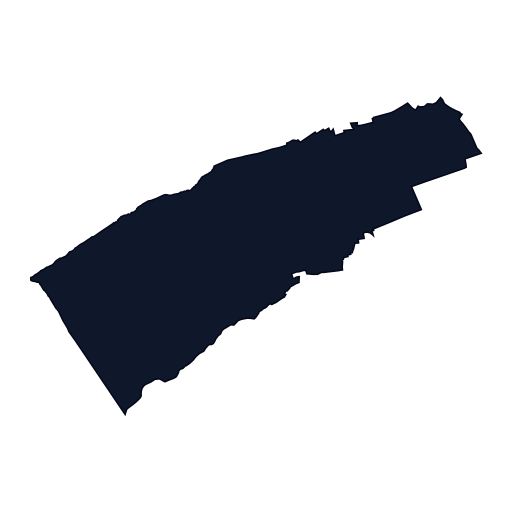 outline of Santimbru, Harghita, Romania
{"feature_id": "2599482B67016259276706", "entity_name": "Santimbru", "entity_type": "district", "adm_level": 2, "iso_a3": "ROU", "parent_name": "Romania", "parent_adm1": "Harghita", "projection": "orthographic", "projection_center": [25.81, 46.263], "detail": "fine", "context": "isolated", "style": "filled", "palette": "ink", "viewbox_px": 512, "rotation_deg": 0, "n_neighbors": 0, "source": "geoboundaries", "source_scale": "gbopen_adm2", "svg_char_len": 6019}
<svg xmlns="http://www.w3.org/2000/svg" viewBox="0 0 512 512"><path d="M125.1,414.5L126.7,409.4L128.4,407.8L132.9,404.5L136.0,402.0L139.4,398.7L140.7,397.0L141.1,396.2L141.2,395.0L141.1,392.5L141.7,389.4L142.4,387.8L143.6,386.1L144.8,385.0L146.3,384.1L150.9,382.0L153.6,380.2L155.1,379.3L155.9,379.2L157.3,379.1L158.5,378.9L159.1,378.9L160.0,379.2L161.7,380.0L162.9,380.8L165.0,381.8L169.4,379.9L173.4,378.4L175.3,377.4L176.3,376.7L177.2,375.1L178.4,372.9L178.7,371.2L179.0,370.6L179.6,369.9L180.4,369.3L181.1,368.9L182.2,368.7L182.9,368.4L183.6,367.7L184.9,366.4L185.4,365.9L186.3,365.7L189.3,363.6L191.6,361.6L193.5,359.7L194.3,358.7L195.1,357.6L196.3,356.3L198.0,354.7L199.6,353.4L203.4,351.4L204.2,350.7L205.3,348.6L206.4,347.4L207.9,345.6L208.8,344.8L209.2,344.6L211.5,344.5L212.5,344.0L213.4,343.4L214.4,341.9L215.8,338.9L218.2,335.7L220.5,334.0L221.7,331.3L221.9,330.6L223.8,329.0L226.0,327.7L230.5,324.9L234.0,325.0L235.7,323.2L238.0,320.7L240.9,319.5L243.9,318.8L247.4,318.2L251.1,318.4L254.2,318.9L255.6,317.6L258.5,313.5L259.3,311.5L260.3,310.9L261.4,310.5L263.0,308.9L265.9,307.5L267.0,306.4L268.0,305.2L269.9,303.8L271.8,304.5L273.5,303.6L275.4,302.8L277.6,301.4L278.9,300.4L282.5,298.0L284.4,297.1L285.0,295.9L285.7,294.9L285.9,294.4L284.2,293.6L285.2,292.3L285.9,291.1L286.3,291.0L287.3,290.9L288.4,289.5L289.4,288.6L290.3,286.9L295.9,283.7L296.2,283.5L297.3,283.2L299.1,282.4L299.1,282.2L299.0,281.8L299.0,281.2L299.1,280.0L299.3,276.6L298.7,276.6L296.2,277.2L295.2,277.8L294.4,278.4L293.9,278.5L293.2,278.6L292.2,275.8L291.6,273.9L294.7,272.6L297.5,271.7L297.7,271.9L298.5,271.9L301.7,271.0L302.7,270.7L303.4,270.5L304.4,270.4L305.3,270.5L305.8,270.4L306.9,273.9L307.8,273.9L309.5,274.0L310.7,274.2L313.8,274.4L315.1,274.3L317.7,274.3L320.4,272.9L321.6,272.5L322.5,272.1L323.0,272.5L339.2,270.6L339.3,270.2L340.7,270.2L342.5,270.0L342.2,266.8L342.5,263.5L342.6,261.9L342.3,260.3L342.9,259.5L343.3,259.3L343.6,258.7L343.7,257.5L348.0,256.6L347.6,255.2L350.8,254.2L350.4,252.9L352.3,252.7L353.0,250.0L352.8,249.9L353.1,248.9L353.5,249.1L354.9,243.2L358.6,243.0L358.6,242.3L358.2,239.3L364.2,238.4L364.2,238.1L363.6,234.9L363.1,233.3L365.2,232.3L367.5,232.2L370.2,232.9L372.5,234.7L373.3,235.5L372.9,233.9L372.3,232.4L371.7,231.3L373.7,230.4L373.0,229.1L391.1,221.7L404.3,216.1L421.4,209.6L411.5,186.6L425.3,181.7L464.5,168.2L466.3,167.2L465.9,163.8L465.0,158.9L481.3,153.3L478.8,150.0L476.8,148.0L471.1,134.6L470.2,133.3L469.6,132.8L468.6,131.7L466.7,128.9L465.1,126.7L463.4,124.5L463.0,123.9L461.1,121.8L459.9,120.3L459.2,118.8L462.1,114.3L459.4,113.2L459.9,112.4L455.7,110.6L451.2,108.3L449.6,107.4L446.7,105.4L444.8,104.0L444.3,103.4L443.8,102.4L443.2,101.1L442.9,100.8L442.9,100.4L442.8,100.1L442.6,99.8L440.5,97.5L436.4,102.6L433.0,104.2L427.9,103.8L427.1,104.0L425.3,105.8L424.1,106.5L423.1,106.7L419.7,106.9L418.1,106.1L415.6,110.1L414.0,109.2L412.4,108.1L411.4,107.2L409.5,105.1L407.6,103.1L401.7,106.8L394.8,110.9L391.9,112.3L390.4,112.9L389.9,113.0L373.7,117.4L373.8,118.0L372.3,118.5L373.2,122.3L366.0,124.2L360.7,125.4L360.3,125.4L357.5,125.7L357.1,125.7L357.1,125.2L357.3,122.7L350.6,123.2L352.4,127.5L353.3,127.7L353.7,129.4L343.8,130.5L344.3,132.6L338.0,134.7L335.0,135.8L333.2,129.1L331.1,132.0L329.6,130.3L328.7,128.2L324.7,130.6L323.3,129.3L316.6,133.7L315.1,132.1L309.9,135.7L300.2,142.3L298.3,140.2L297.9,139.9L296.8,140.7L296.5,140.7L293.9,140.1L293.2,140.2L292.4,140.3L290.9,141.3L289.4,142.0L289.0,142.4L288.6,142.6L286.7,143.1L286.9,145.1L279.1,147.6L272.5,149.0L262.0,152.3L257.2,153.7L253.5,154.3L245.2,156.1L242.0,157.0L227.6,160.2L219.4,163.8L214.1,166.1L214.0,167.1L213.8,168.1L213.4,168.2L213.5,168.6L213.1,169.2L213.0,169.4L212.4,169.8L212.1,170.1L212.1,170.5L212.0,170.8L211.9,170.9L211.7,171.0L211.5,171.3L211.3,171.5L211.0,172.0L210.3,172.3L209.8,172.6L209.3,172.7L208.6,173.8L207.4,174.0L206.0,174.8L205.8,175.1L204.8,175.3L204.1,176.2L203.6,176.2L202.5,176.6L201.4,177.7L201.1,178.4L199.9,180.0L199.0,181.1L198.4,182.1L197.7,183.7L196.2,184.9L195.5,185.1L195.2,185.8L194.9,186.5L194.1,186.9L193.9,186.8L193.4,187.4L192.3,188.3L191.1,189.9L190.4,190.3L189.8,190.5L188.9,190.6L188.5,190.3L188.3,190.3L187.6,190.3L187.0,190.4L186.6,190.6L186.4,190.9L185.8,191.3L185.6,191.3L184.7,191.2L184.4,191.2L183.8,191.4L183.3,191.8L183.1,191.9L181.1,192.1L180.6,192.2L178.7,193.5L178.4,193.6L176.0,194.0L174.9,194.1L173.0,194.6L172.5,194.9L171.7,195.1L170.7,195.3L170.3,195.3L168.7,195.2L167.8,194.9L166.2,194.7L165.3,194.6L164.1,195.0L163.4,195.2L156.1,198.6L155.4,198.9L154.5,199.1L153.4,199.6L152.0,200.1L151.6,200.3L151.1,200.5L149.3,200.8L148.8,200.8L148.1,201.1L147.3,201.5L144.7,203.0L143.5,203.7L142.9,204.0L141.7,205.0L141.0,205.5L139.9,206.1L138.4,207.0L137.8,207.5L137.6,207.9L136.9,208.5L136.7,208.9L136.4,210.0L136.2,210.3L135.9,210.5L135.0,211.0L134.9,211.3L134.8,211.5L134.6,211.7L134.4,211.9L131.2,212.6L131.0,213.2L130.8,213.9L130.4,214.4L130.0,214.5L129.7,214.4L129.2,214.2L128.8,213.9L127.9,214.2L126.7,215.0L125.0,215.2L124.5,215.3L123.8,215.4L123.1,215.9L122.7,216.1L121.2,216.5L119.8,218.0L119.6,218.2L118.7,219.0L117.9,219.9L117.5,220.9L116.9,221.6L116.7,222.0L116.5,222.3L116.0,222.6L115.8,222.6L115.5,222.1L113.8,223.4L113.6,222.9L113.2,223.1L112.9,223.8L112.5,224.0L112.3,224.0L100.2,232.1L94.2,236.4L91.7,237.0L90.4,238.1L89.0,239.1L88.1,239.6L84.0,242.5L80.7,244.2L78.1,246.1L77.6,246.7L75.3,248.0L73.9,249.8L73.0,250.5L71.5,251.3L69.4,252.0L68.2,253.6L65.9,256.1L61.2,258.2L59.9,258.2L56.8,260.3L55.3,261.5L54.8,262.4L53.1,264.2L52.5,264.8L47.5,267.1L46.9,267.1L43.8,269.3L43.1,269.7L42.2,270.0L40.5,270.9L40.1,271.5L38.0,273.1L36.0,274.4L35.2,274.7L33.2,276.5L32.2,277.0L30.8,277.5L30.7,278.4L30.8,280.2L31.5,280.7L32.6,281.1L34.0,281.4L35.4,281.4L35.9,281.9L37.0,282.2L38.6,282.3L39.5,283.1L40.0,284.4L41.2,285.7L43.7,290.1L44.9,290.8L45.7,292.0L47.1,293.5L48.3,296.2L49.4,296.9L50.4,299.0L56.0,308.3L56.8,309.1L58.5,311.2L63.0,320.7L65.4,324.6L67.5,328.1L68.9,331.6L75.9,341.5L125.1,414.5Z" fill="#0f172a" stroke="#020617" stroke-width="1.5"/></svg>